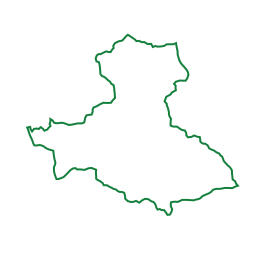 the district of Bom Jardim de Minas, Minas Gerais, Brazil, rotated 261°
{"feature_id": "56859067B79987470912291", "entity_name": "Bom Jardim de Minas", "entity_type": "district", "adm_level": 2, "iso_a3": "BRA", "parent_name": "Brazil", "parent_adm1": "Minas Gerais", "projection": "orthographic", "projection_center": [-44.123, -21.937], "detail": "fine", "context": "isolated", "style": "outline", "palette": "green", "viewbox_px": 256, "rotation_deg": 261, "n_neighbors": 0, "source": "geoboundaries", "source_scale": "gbopen_adm2", "svg_char_len": 3321}
<svg xmlns="http://www.w3.org/2000/svg" viewBox="0 0 256 256"><g transform="rotate(261 128 128)"><path d="M88.7,49.4L88.5,51.5L88.9,53.7L89.6,56.7L91.4,59.3L93.5,62.1L95.4,64.6L96.6,67.1L96.6,69.9L95.0,71.3L94.6,74.3L93.4,78.5L94.4,82.5L94.3,85.7L93.0,87.8L91.8,90.0L89.5,89.4L87.6,89.2L85.1,89.0L82.9,88.6L81.3,90.0L80.0,92.0L77.6,94.3L75.3,95.1L74.7,98.3L72.9,100.4L71.5,102.5L70.2,104.1L69.1,106.5L67.3,108.0L66.1,109.9L65.8,112.0L64.6,114.1L61.5,114.5L58.6,114.2L55.9,116.3L54.6,118.9L54.2,121.4L54.7,124.6L52.5,127.5L54.3,130.5L55.4,133.8L54.4,137.1L52.0,139.5L50.9,141.7L48.4,143.1L44.8,143.6L42.8,144.5L43.0,146.7L41.7,148.3L41.2,150.9L38.8,152.2L36.1,153.3L35.9,155.8L38.5,157.9L40.9,158.9L43.3,158.2L45.9,158.2L47.9,158.9L48.0,161.1L47.8,163.3L47.2,165.4L47.7,167.4L48.5,170.1L48.1,173.4L47.4,176.6L46.8,179.3L46.3,181.6L46.7,184.1L46.7,186.1L47.3,188.4L49.1,191.0L49.9,193.8L50.8,197.6L51.9,200.1L53.7,202.4L54.1,205.5L53.6,208.4L53.5,211.2L53.7,214.2L53.0,218.1L52.3,221.6L53.4,224.9L53.8,227.5L56.1,226.1L58.7,225.4L60.9,223.3L64.0,223.5L66.8,223.6L70.0,224.0L73.4,222.5L75.3,220.8L77.5,219.3L80.1,217.6L82.7,217.0L84.9,216.6L86.4,215.1L88.4,214.2L90.3,211.4L92.5,209.2L93.6,207.0L95.3,204.9L98.2,204.1L100.2,202.1L101.1,199.1L103.0,197.4L105.6,197.5L107.8,197.5L108.5,195.1L110.3,192.1L109.3,189.4L109.4,185.8L111.5,184.5L114.1,184.7L116.6,183.8L117.8,180.7L119.7,178.6L121.7,176.6L122.4,172.6L123.7,170.5L126.0,170.8L128.3,171.3L130.6,171.9L132.7,170.9L134.8,170.6L137.4,170.9L141.7,170.5L144.0,169.9L146.0,170.0L148.5,168.3L150.9,169.6L152.8,170.7L153.7,173.1L154.4,175.2L156.0,176.6L156.9,178.8L157.8,181.2L160.1,181.2L162.3,181.7L164.4,180.4L166.2,182.5L166.8,186.5L166.2,189.4L165.7,192.3L167.8,194.3L171.0,196.0L173.8,195.9L176.0,195.1L178.2,193.9L180.8,192.2L183.0,190.8L185.1,189.8L187.3,189.2L190.7,188.8L192.8,188.5L195.0,188.9L198.0,188.9L201.4,188.7L204.3,188.7L203.6,185.8L204.2,182.4L204.6,179.2L203.4,176.6L203.4,173.2L203.7,170.1L204.7,167.8L204.1,165.2L207.4,164.1L208.0,160.2L210.2,157.8L210.7,154.9L212.3,152.5L212.5,149.9L214.2,148.8L215.8,147.2L217.8,145.0L220.1,142.5L218.9,140.4L217.5,138.8L215.3,136.1L215.0,132.0L213.8,128.3L211.4,126.3L209.2,126.3L207.6,124.3L205.7,122.7L206.2,120.4L207.1,118.4L206.1,115.1L205.2,112.4L205.6,110.4L204.4,108.4L201.6,106.9L198.7,107.3L197.5,109.6L195.0,109.8L192.3,109.8L188.6,109.5L185.7,109.2L183.5,110.3L182.3,112.3L180.9,113.8L178.5,115.6L176.5,117.5L174.3,118.4L172.7,120.4L169.5,120.6L166.5,120.3L164.3,120.4L162.2,120.0L159.8,119.9L157.8,117.3L155.6,115.2L155.8,112.6L156.3,109.8L156.8,107.5L155.9,104.4L154.4,100.5L153.6,97.1L152.0,96.1L149.5,95.6L146.9,94.2L147.1,91.5L147.0,89.0L144.7,87.3L142.2,86.4L140.3,85.5L139.8,83.0L140.4,79.4L140.3,75.7L140.1,73.0L140.2,70.2L141.6,67.7L143.2,64.8L143.7,62.0L143.7,59.0L144.6,56.0L147.4,54.6L149.0,52.7L146.7,52.5L144.3,51.2L142.1,51.8L140.9,50.0L139.1,48.0L138.4,45.0L140.6,43.8L142.5,41.9L141.0,39.8L141.8,37.4L141.8,35.0L139.6,32.7L141.8,31.7L144.4,31.5L144.2,28.5L141.9,29.1L138.0,29.6L135.1,30.3L133.2,30.9L130.3,31.6L127.3,32.1L125.5,32.8L125.0,34.9L125.1,37.4L124.5,39.6L123.0,41.9L120.8,44.0L119.1,46.6L118.2,48.7L117.2,50.7L114.5,50.5L111.7,50.5L108.3,50.5L105.5,50.9L103.3,50.3L100.9,48.7L97.4,48.2L95.2,48.2L92.3,48.6L88.7,49.4Z" fill="none" stroke="#15803d" stroke-width="2"/></g></svg>